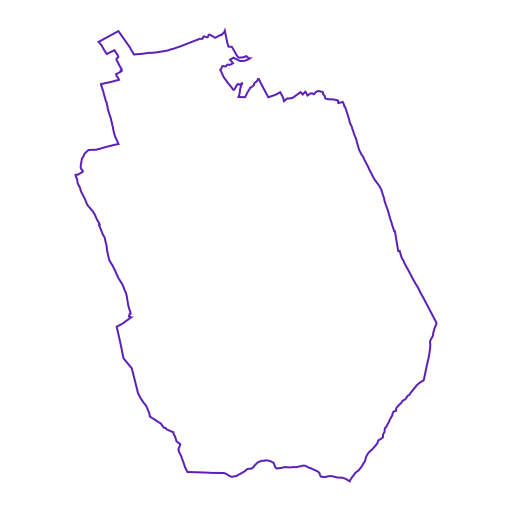 Popesti, Iasi, Romania (Equal Earth projection)
{"feature_id": "2599482B45764776322069", "entity_name": "Popesti", "entity_type": "district", "adm_level": 2, "iso_a3": "ROU", "parent_name": "Romania", "parent_adm1": "Iasi", "projection": "equal_earth", "projection_center": [27.259, 47.14], "detail": "fine", "context": "isolated", "style": "outline", "palette": "violet", "viewbox_px": 512, "rotation_deg": 0, "n_neighbors": 0, "source": "geoboundaries", "source_scale": "gbopen_adm2", "svg_char_len": 5899}
<svg xmlns="http://www.w3.org/2000/svg" viewBox="0 0 512 512"><path d="M380.2,439.4L382.9,437.4L383.0,436.7L383.0,434.6L383.3,434.0L384.4,432.1L384.6,431.4L384.8,428.8L385.0,428.1L386.3,426.9L387.6,424.2L387.8,423.6L388.5,422.8L389.3,420.9L391.4,416.7L392.4,415.5L392.3,414.3L393.5,411.6L394.6,411.2L395.9,411.0L396.2,408.4L396.9,407.2L398.5,405.6L399.8,404.1L400.9,403.4L401.9,401.7L403.0,400.5L404.7,399.7L405.7,398.8L406.5,397.7L407.1,396.4L408.6,395.1L409.5,394.8L410.8,392.6L416.1,386.2L416.5,385.4L419.3,383.1L421.9,381.3L423.7,380.3L426.8,365.7L428.1,359.7L428.6,358.0L429.1,354.8L429.6,352.3L429.8,350.3L430.1,349.5L430.1,347.8L430.3,345.5L430.3,344.2L430.0,342.2L430.0,341.6L431.1,339.0L431.9,337.7L432.6,336.3L433.0,335.2L433.4,332.0L433.7,331.1L434.2,330.4L434.3,328.8L435.9,325.2L436.5,323.3L436.2,322.3L423.6,298.3L420.8,293.3L418.4,288.3L416.1,284.6L413.0,279.2L409.6,272.6L404.2,262.8L404.0,262.0L403.5,260.8L402.1,258.5L401.0,255.9L400.6,254.1L399.6,250.9L398.2,251.0L394.9,231.2L394.2,231.2L392.0,224.5L391.6,222.7L391.1,221.6L390.1,218.4L387.7,209.8L386.9,207.8L385.2,203.0L384.2,199.7L384.3,198.8L383.2,195.8L381.3,189.7L379.6,186.4L374.1,178.9L369.2,169.3L368.2,167.0L364.2,159.3L363.6,158.1L363.5,157.4L361.3,154.2L359.2,150.0L356.8,142.0L356.5,140.0L354.4,134.9L353.0,130.5L352.3,128.8L351.7,126.6L350.6,124.2L350.2,123.9L348.8,118.2L345.1,106.9L344.3,106.4L344.3,105.5L343.4,103.3L342.7,102.0L338.4,103.1L338.0,101.3L338.2,100.7L337.7,100.3L335.2,99.9L333.2,99.4L329.5,99.3L327.5,99.1L326.6,98.9L325.7,98.5L325.2,98.1L324.9,97.4L324.7,96.0L323.9,94.9L323.1,94.2L323.1,93.1L323.0,92.6L322.8,92.3L321.9,91.8L318.9,91.1L317.5,91.2L316.4,91.7L315.5,92.3L314.6,93.7L313.5,94.3L312.4,93.3L311.0,93.3L310.5,93.5L307.5,95.5L305.5,91.7L305.0,91.9L302.8,94.5L300.6,92.1L293.2,97.5L292.3,97.9L290.5,98.3L289.3,98.5L287.2,98.4L284.0,101.2L283.1,97.7L282.0,95.5L280.2,92.2L275.9,94.6L268.3,97.3L260.3,82.2L259.0,79.2L258.0,79.0L257.6,80.0L256.8,81.3L254.8,82.8L254.0,83.8L253.9,85.2L251.0,87.5L250.3,87.5L249.9,88.5L247.4,92.5L245.8,95.7L245.1,97.2L238.5,97.0L239.1,95.3L239.6,93.6L240.1,89.3L240.6,87.4L241.5,85.0L242.2,83.4L242.0,83.2L240.5,84.4L239.8,84.7L239.2,84.7L238.1,84.0L237.2,84.4L234.7,89.1L234.0,89.7L233.6,89.9L233.2,89.7L231.7,87.6L228.2,83.3L224.2,77.9L223.2,76.1L221.0,71.2L220.2,69.9L221.0,69.2L221.8,67.2L222.4,66.2L222.8,66.1L223.2,66.0L225.6,66.5L226.1,66.2L226.8,65.1L227.6,64.6L228.1,64.6L229.6,64.9L231.3,64.3L233.0,63.2L230.0,59.7L233.5,57.7L240.0,61.0L244.0,60.9L245.8,60.4L247.6,59.6L249.5,58.7L250.0,58.3L249.3,58.3L248.1,57.7L246.3,56.1L244.2,57.0L242.6,57.4L239.5,57.6L238.6,57.5L238.1,57.2L236.6,55.1L231.9,46.9L228.5,46.6L227.3,42.8L225.0,31.8L224.8,30.7L224.1,32.3L223.9,32.6L222.2,34.1L221.5,35.0L221.3,35.2L220.2,35.1L219.0,35.6L217.8,36.5L215.2,37.8L210.5,35.0L210.0,34.7L209.2,34.7L208.6,35.1L207.9,36.9L207.3,37.3L206.4,37.2L204.6,36.5L203.7,36.4L203.3,36.7L202.5,38.7L201.9,38.9L199.7,38.8L180.3,46.4L176.1,47.8L173.9,48.7L172.6,49.0L171.1,49.3L167.4,50.6L156.2,52.4L151.4,52.9L149.2,52.8L142.4,53.8L135.7,54.3L134.1,54.6L131.2,49.9L129.7,47.1L118.4,31.1L98.6,41.9L101.0,44.6L102.5,47.0L104.5,50.6L106.8,54.0L114.4,50.2L117.0,54.1L118.2,56.4L118.3,57.1L118.0,57.5L116.7,58.5L116.4,59.5L119.8,66.2L121.8,69.6L120.8,70.2L121.5,71.2L116.1,74.2L116.5,75.8L118.3,78.1L119.0,79.8L110.7,82.0L101.3,84.0L100.9,84.1L100.9,84.3L103.4,91.9L104.0,94.6L105.1,98.2L105.8,101.0L106.1,101.8L106.8,102.7L106.9,104.4L107.5,106.6L107.7,108.5L109.2,113.7L111.0,118.9L111.1,120.1L111.8,122.3L112.1,124.2L113.1,128.0L113.1,128.9L114.0,132.8L115.1,136.6L116.9,140.2L118.5,144.0L113.7,145.0L101.4,148.2L100.0,148.8L96.1,149.7L93.2,149.9L91.9,149.8L88.4,150.1L84.8,153.4L84.3,154.2L83.8,155.6L81.9,158.7L80.8,165.2L80.7,167.4L81.0,168.5L81.5,169.4L82.7,170.8L82.8,171.7L77.9,174.7L76.4,174.7L75.5,174.9L76.0,177.0L76.4,177.5L77.0,178.9L77.3,180.3L77.6,182.9L78.0,184.0L80.1,187.9L80.5,189.9L81.8,193.2L82.2,193.7L85.2,199.6L85.5,200.6L86.5,202.8L86.9,204.2L87.8,205.5L93.0,211.6L95.2,215.3L95.8,217.0L97.4,220.4L98.7,222.4L99.7,224.6L98.9,225.2L99.8,226.8L102.8,234.4L102.8,234.7L104.6,237.3L105.5,241.6L106.4,244.6L107.1,250.7L108.8,258.4L109.5,260.6L112.6,265.7L114.7,269.8L116.5,273.9L117.5,276.0L118.0,277.4L122.2,284.1L122.9,285.7L123.7,287.4L124.2,289.1L126.0,293.1L126.7,295.9L128.3,305.7L129.4,309.3L130.3,311.9L130.6,313.5L130.0,313.5L129.7,313.9L129.0,316.4L129.9,316.5L130.2,316.7L130.6,317.5L130.9,317.5L128.7,319.1L122.7,323.5L116.7,326.7L120.3,342.6L123.5,358.3L131.8,368.4L134.9,380.6L138.0,393.2L140.7,398.3L143.1,402.0L146.2,405.9L149.4,413.5L149.9,416.6L160.9,423.6L163.9,427.7L165.5,427.9L166.6,429.4L173.4,432.3L173.6,434.1L174.9,436.1L176.5,441.3L180.3,444.2L178.4,449.4L178.9,451.6L181.3,456.3L182.2,459.1L183.3,461.9L184.9,466.9L187.4,472.0L204.1,472.5L211.9,472.9L223.8,473.0L225.5,473.5L230.1,476.2L231.6,476.8L232.8,476.7L236.2,476.0L237.3,475.5L238.2,474.8L239.5,474.3L244.9,471.2L245.7,470.4L246.2,469.8L247.2,469.2L248.0,468.9L251.3,468.6L252.0,468.4L253.8,466.7L254.4,465.7L257.3,462.8L258.6,462.0L261.7,460.8L264.3,460.8L264.9,460.4L267.9,460.5L270.3,461.1L273.5,462.8L274.3,464.6L275.0,466.5L275.9,468.0L276.6,468.5L282.0,467.8L284.8,467.1L289.6,467.4L291.3,467.3L292.6,467.1L295.7,467.2L297.1,467.0L303.2,465.6L304.2,465.6L306.0,466.1L308.9,467.7L309.7,467.8L311.7,468.7L316.8,471.0L318.0,471.7L318.9,472.5L319.4,473.2L320.4,476.0L320.9,476.6L324.2,477.0L325.5,477.0L328.0,476.3L329.4,476.1L330.7,476.1L333.5,476.5L337.2,477.5L342.1,477.7L345.3,478.7L346.2,479.1L348.2,480.5L349.8,481.3L349.9,480.5L350.9,479.0L351.5,478.0L352.7,476.3L353.5,475.6L354.8,473.5L356.1,472.2L358.5,470.5L360.8,467.7L362.1,465.8L363.5,463.3L364.3,462.1L365.1,460.8L365.6,458.4L366.2,456.6L367.8,453.8L368.9,452.3L371.9,449.7L375.8,445.3L377.5,443.1L377.8,441.5L378.1,440.9L378.7,440.1L379.4,439.6L380.2,439.4Z" fill="none" stroke="#5b21b6" stroke-width="2"/></svg>